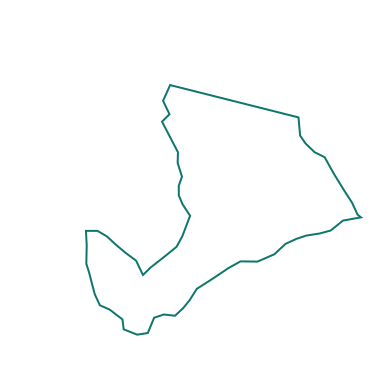 the district of Agios Epiktitos, Cyprus, rotated 151°
{"feature_id": "46923920B11647519105740", "entity_name": "Agios Epiktitos", "entity_type": "district", "adm_level": 2, "iso_a3": "CYP", "parent_name": "Cyprus", "parent_adm1": "", "projection": "natural_earth1", "projection_center": [33.422, 35.313], "detail": "fine", "context": "isolated", "style": "outline", "palette": "teal", "viewbox_px": 384, "rotation_deg": 151, "n_neighbors": 0, "source": "geoboundaries", "source_scale": "gbopen_adm2", "svg_char_len": 894}
<svg xmlns="http://www.w3.org/2000/svg" viewBox="0 0 384 384"><g transform="rotate(151 192 192)"><path d="M59.1,158.1L65.5,167.4L69.2,179.6L70.1,188.9L62.7,205.6L159.3,296.1L173.1,285.8L174.0,270.9L184.1,268.1L185.0,233.6L190.5,224.3L193.3,210.3L200.6,203.8L205.2,195.4L206.2,186.1L205.2,172.1L221.8,158.1L231.9,151.6L247.5,148.8L265.0,146.0L275.1,143.2L274.2,159.1L279.7,171.2L284.3,183.3L288.0,194.5L293.5,203.8L303.6,209.4L310.0,196.3L319.2,180.5L321.1,171.2L323.8,160.9L326.6,149.7L327.5,137.6L321.1,129.2L314.6,114.3L318.3,105.0L312.9,98.4L309.1,93.8L299.0,90.1L286.1,100.4L276.0,98.5L266.8,92.0L255.8,94.8L246.6,98.5L234.7,105.0L218.1,106.0L207.1,106.9L197.0,107.8L183.2,107.8L168.5,99.4L150.1,97.6L135.4,101.3L123.4,100.4L113.3,98.5L100.4,93.8L89.4,91.1L73.8,93.8L56.5,87.9L58.2,92.0L57.2,105.0L58.2,119.9L59.1,139.5L59.1,158.1Z" fill="none" stroke="#0f766e" stroke-width="2"/></g></svg>